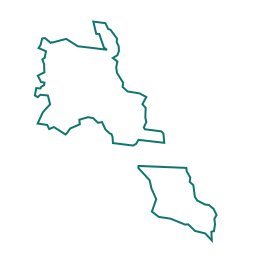 the district of St. Martin, Louisiana, United States of America, rotated 7°
{"feature_id": "52423323B3769936214170", "entity_name": "St. Martin", "entity_type": "district", "adm_level": 2, "iso_a3": "USA", "parent_name": "United States of America", "parent_adm1": "Louisiana", "projection": "mercator", "projection_center": [-91.637, 30.099], "detail": "fine", "context": "isolated", "style": "outline", "palette": "teal", "viewbox_px": 256, "rotation_deg": 7, "n_neighbors": 0, "source": "geoboundaries", "source_scale": "gbopen_adm2", "svg_char_len": 1495}
<svg xmlns="http://www.w3.org/2000/svg" viewBox="0 0 256 256"><g transform="rotate(7 128 128)"><path d="M29.5,59.5L37.2,61.8L36.8,68.4L34.6,70.4L37.0,74.9L37.5,78.8L38.3,82.9L32.1,87.0L36.1,93.0L39.6,93.1L39.5,95.8L36.9,97.6L36.3,99.4L32.1,99.6L31.6,107.0L34.6,108.4L37.0,105.7L44.5,105.5L47.8,114.0L43.2,120.4L41.6,122.8L39.9,127.9L37.8,134.6L47.5,134.8L49.9,138.7L52.6,137.1L54.3,136.1L59.8,138.7L66.8,142.1L68.0,140.6L70.7,135.5L79.7,130.2L78.7,125.7L87.1,122.1L92.3,122.5L97.6,126.5L101.5,125.3L105.7,132.1L110.5,135.6L112.3,136.0L113.7,138.6L114.9,144.8L135.2,144.8L138.0,142.7L139.8,138.5L165.8,138.3L163.8,129.1L161.4,127.3L144.9,127.2L143.6,125.5L145.5,119.9L143.9,115.4L143.1,105.9L139.4,102.6L142.4,95.0L135.1,92.2L123.2,91.8L117.6,87.9L117.7,83.8L110.3,74.5L108.9,69.3L109.4,63.2L104.4,60.4L108.6,57.1L109.6,53.0L108.8,48.0L106.3,44.1L106.2,40.6L98.6,32.6L96.2,32.1L92.8,26.7L80.6,26.6L85.0,38.4L88.0,38.2L94.3,51.1L97.6,52.9L78.7,52.9L68.2,53.0L55.8,47.1L43.4,52.0L42.8,52.2L42.3,52.4L41.9,52.3L41.3,52.6L41.1,52.8L40.9,52.9L40.7,52.8L34.6,48.9L31.9,49.6L31.1,56.2L29.5,59.5ZM143.1,164.4L143.1,166.4L155.9,177.3L158.7,185.3L164.7,195.2L161.9,208.1L169.5,212.5L181.2,212.8L196.4,216.9L199.5,216.3L207.1,222.0L217.4,223.2L224.9,229.4L223.4,220.8L225.9,219.9L226.1,212.9L224.8,207.7L226.5,203.5L222.8,197.9L217.6,194.5L213.8,194.6L205.7,191.6L202.8,188.3L199.8,176.7L195.8,174.0L195.9,169.6L191.6,164.0L190.7,160.5L143.1,164.4Z" fill="none" stroke="#0f766e" stroke-width="2"/></g></svg>